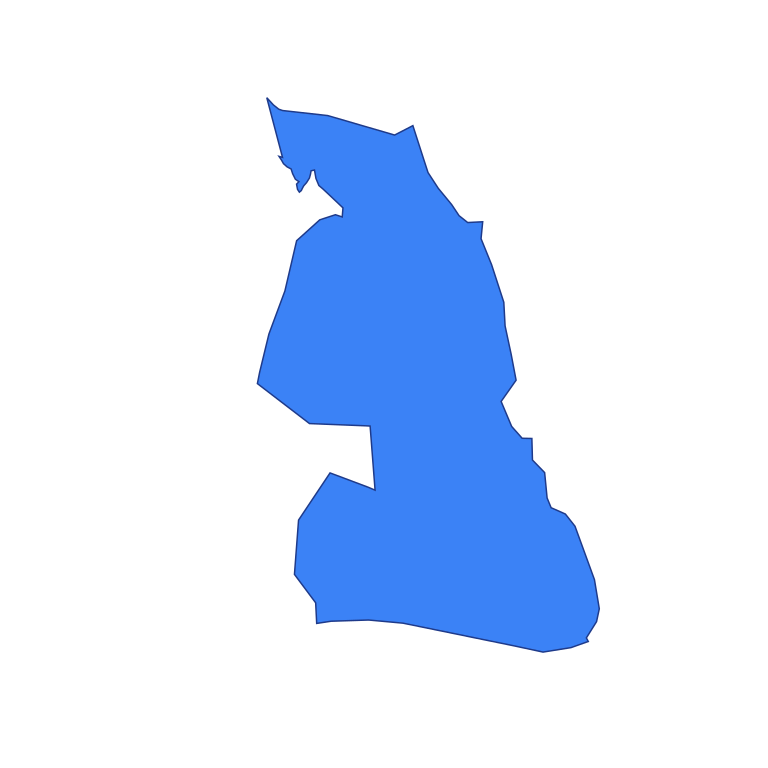 the district of Kosti, White Nile, Sudan, rotated 342°
{"feature_id": "16777658B3487648242534", "entity_name": "Kosti", "entity_type": "district", "adm_level": 2, "iso_a3": "SDN", "parent_name": "Sudan", "parent_adm1": "White Nile", "projection": "equal_earth", "projection_center": [32.672, 12.928], "detail": "fine", "context": "isolated", "style": "filled", "palette": "blue", "viewbox_px": 768, "rotation_deg": 342, "n_neighbors": 0, "source": "geoboundaries", "source_scale": "gbopen_adm2", "svg_char_len": 1199}
<svg xmlns="http://www.w3.org/2000/svg" viewBox="0 0 768 768"><g transform="rotate(342 384 384)"><path d="M491.3,147.2L471.0,150.5L413.4,111.3L372.1,92.6L368.8,90.1L365.0,84.3L361.0,75.5L357.5,137.1L354.5,135.1L355.7,139.4L356.5,143.4L358.9,147.5L362.1,150.8L362.1,155.8L363.0,161.9L365.6,165.3L362.6,166.9L361.9,172.2L362.8,175.4L365.1,174.5L367.0,172.5L368.9,170.7L372.5,168.6L376.7,165.1L379.0,161.6L380.5,158.7L384.0,159.0L382.8,167.5L383.4,175.1L386.1,179.5L389.7,186.0L399.4,203.8L395.9,212.2L390.1,208.0L373.7,208.0L345.2,220.7L318.5,264.9L290.0,300.9L269.3,334.5L263.7,344.5L300.9,398.6L354.2,418.3L357.8,419.7L342.7,482.2L337.3,477.5L305.2,451.9L260.7,487.0L240.0,537.4L251.4,571.0L246.0,590.9L260.5,593.3L296.4,603.7L328.1,617.3L427.6,673.7L452.4,688.1L480.4,692.5L498.7,692.0L498.0,688.0L512.7,675.7L519.3,664.3L523.7,635.1L521.7,578.3L516.3,563.7L504.7,553.3L503.9,542.8L509.4,517.9L501.7,502.2L507.8,481.5L498.6,478.3L492.3,463.8L490.0,436.8L510.8,421.2L514.1,395.2L517.1,366.2L523.2,343.3L523.2,303.8L521.2,275.8L528.0,260.2L513.5,256.3L507.4,247.1L503.8,234.3L496.1,214.7L491.2,196.5L491.2,188.2L491.2,182.9L491.3,147.2Z" fill="#3b82f6" stroke="#1e3a8a" stroke-width="1.5"/></g></svg>